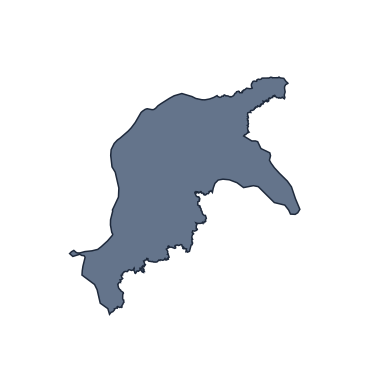 the district of Walungu, Sud-Kivu, Democratic Republic of the Congo, rotated 313°
{"feature_id": "63176286B8564391110970", "entity_name": "Walungu", "entity_type": "district", "adm_level": 2, "iso_a3": "COD", "parent_name": "Democratic Republic of the Congo", "parent_adm1": "Sud-Kivu", "projection": "albers", "projection_center": [28.724, -2.771], "detail": "fine", "context": "isolated", "style": "filled", "palette": "slate", "viewbox_px": 384, "rotation_deg": 313, "n_neighbors": 0, "source": "geoboundaries", "source_scale": "gbopen_adm2", "svg_char_len": 6085}
<svg xmlns="http://www.w3.org/2000/svg" viewBox="0 0 384 384"><g transform="rotate(313 192 192)"><path d="M66.1,144.6L63.5,144.5L63.6,148.8L69.9,152.4L70.4,154.6L71.8,156.5L71.3,158.4L63.4,162.8L59.6,165.4L56.2,168.2L57.9,183.8L55.8,189.3L48.1,200.7L49.3,210.0L46.3,215.1L48.8,214.9L50.4,215.7L52.6,215.7L53.3,215.5L53.6,214.9L55.9,216.1L56.1,216.5L57.2,215.5L57.7,215.8L57.9,217.3L58.4,218.0L59.1,218.2L59.6,219.3L60.1,219.3L61.2,218.1L62.3,218.1L64.1,217.4L64.8,217.5L66.4,215.7L66.1,215.2L66.7,214.0L70.1,211.0L70.9,211.1L71.6,210.3L71.2,207.2L71.6,206.6L71.4,205.7L71.8,203.7L73.9,200.6L74.3,200.8L75.7,200.4L76.6,200.8L77.0,201.4L77.4,200.9L78.2,200.9L78.7,199.3L79.8,200.2L81.5,200.3L81.6,199.0L82.8,197.0L84.0,197.8L84.9,196.7L86.6,197.0L86.9,196.7L88.3,197.2L89.7,199.0L90.5,199.0L91.1,198.7L92.3,199.0L93.5,201.4L95.0,202.1L96.9,201.6L96.7,202.0L95.0,202.6L94.7,204.4L93.8,205.3L94.0,206.2L96.8,205.7L97.5,206.9L99.6,207.1L100.3,206.8L100.7,205.9L101.1,206.2L101.5,206.8L101.3,207.2L100.0,207.7L99.6,210.2L100.1,211.4L100.7,210.7L101.3,211.3L101.4,210.8L101.1,210.1L101.8,210.4L102.2,210.2L102.2,209.7L102.7,209.5L102.7,209.2L102.4,209.3L102.2,208.9L102.6,208.8L103.1,206.5L103.9,206.4L103.7,207.0L104.3,207.0L104.5,207.9L105.7,207.7L105.8,207.1L106.8,207.6L107.0,207.5L106.5,206.8L107.3,206.3L108.5,203.7L109.4,204.4L110.1,204.1L111.5,205.1L112.5,204.2L113.2,205.2L112.0,206.5L111.9,207.5L113.9,210.5L114.2,210.5L114.8,212.1L115.6,212.6L116.0,213.4L117.3,214.2L119.7,214.2L120.0,215.3L120.8,215.1L122.2,217.3L123.6,217.8L124.3,217.7L124.0,218.0L124.2,218.9L124.5,219.2L125.1,218.6L125.3,218.8L125.0,219.5L125.5,219.5L125.9,220.2L126.3,220.1L126.6,220.4L126.9,219.7L127.3,219.9L127.8,219.3L128.7,219.7L130.1,217.2L129.8,216.7L130.5,216.7L130.8,215.7L132.1,214.7L132.7,212.2L135.5,213.0L135.8,212.5L135.5,211.7L136.3,211.5L136.7,211.8L136.5,213.4L137.7,214.7L139.0,217.8L139.8,218.2L140.6,217.6L140.6,216.4L141.4,216.2L143.2,217.3L143.5,218.4L144.5,219.2L146.0,219.7L146.4,220.5L145.5,222.0L145.8,222.5L144.5,223.8L144.8,224.6L145.6,224.3L145.3,225.1L145.9,225.5L146.6,226.8L145.9,227.0L145.5,228.1L144.8,227.8L144.1,228.3L145.0,229.2L145.0,229.8L146.9,230.6L152.7,227.5L153.4,228.0L154.8,227.4L154.8,226.9L155.3,226.9L155.7,226.4L155.5,225.9L156.0,225.4L157.0,224.7L157.7,224.7L157.5,223.9L158.4,223.7L158.7,222.6L161.0,221.5L162.5,221.7L162.8,221.1L162.2,220.7L162.5,219.7L164.1,219.0L165.2,220.6L166.9,221.4L168.2,221.5L168.5,221.0L168.0,220.2L170.4,218.0L171.4,217.9L172.1,215.9L172.7,217.4L174.8,219.6L176.3,220.6L176.8,220.4L176.6,221.4L177.1,221.2L177.6,221.7L178.7,221.1L179.0,221.9L180.0,222.0L180.9,220.7L182.5,220.5L184.0,217.8L183.3,217.1L183.1,215.3L183.6,213.9L184.7,212.4L184.6,211.3L185.8,210.3L186.0,209.1L186.6,208.4L186.2,207.7L187.0,207.4L186.7,207.0L187.0,206.7L186.4,205.0L188.9,202.9L190.3,203.6L191.1,202.7L191.4,203.0L192.5,202.2L193.0,200.5L192.5,200.5L192.6,199.6L192.1,199.1L191.9,198.0L193.3,194.7L193.6,194.4L193.8,194.8L194.9,194.5L195.7,195.6L194.6,196.1L196.3,196.9L195.9,197.6L197.2,198.1L198.0,197.8L198.4,198.3L198.1,198.4L197.7,199.7L198.1,199.9L198.8,201.3L198.5,201.6L198.8,202.4L198.2,202.5L198.6,203.6L199.3,204.0L200.9,204.0L202.0,205.1L203.6,204.8L203.9,204.2L204.2,204.2L205.1,205.1L206.0,205.0L205.6,207.2L209.3,204.9L213.9,202.9L218.6,203.0L222.5,205.9L226.4,211.0L229.5,218.6L230.4,226.7L238.5,232.6L241.1,236.8L240.4,259.4L245.7,268.8L244.7,275.1L243.0,279.1L246.0,282.7L248.9,283.5L252.9,282.7L257.7,272.1L263.6,261.2L265.0,254.3L265.3,243.1L265.9,235.7L267.0,230.1L268.1,226.9L272.1,224.7L273.7,222.2L270.8,212.8L273.6,205.7L272.6,203.6L270.1,200.9L268.2,191.6L269.9,191.5L270.3,192.1L272.1,192.1L274.3,192.8L274.1,192.2L274.8,192.3L274.8,191.4L275.4,191.0L275.5,190.4L276.7,188.9L278.4,188.4L278.5,187.0L279.4,187.3L280.6,186.6L280.8,185.8L282.4,184.5L282.1,184.1L282.3,183.7L282.8,183.8L283.1,182.8L283.4,182.4L284.7,182.7L285.2,182.0L285.2,181.0L285.8,181.1L286.7,179.6L287.9,178.8L289.1,179.4L290.3,180.8L290.9,179.5L291.4,179.4L292.0,179.6L293.1,180.7L294.8,181.2L295.5,180.7L296.2,181.1L296.5,180.7L296.9,181.0L297.3,180.6L297.6,180.6L298.4,181.7L299.7,181.2L300.1,182.5L300.7,182.7L300.7,183.4L301.6,183.5L301.8,183.2L302.3,183.2L302.5,182.6L303.3,182.5L304.0,182.9L303.8,183.3L304.3,183.3L305.1,184.0L306.9,182.1L307.1,183.0L307.6,183.2L307.4,183.6L308.3,183.6L308.8,184.1L309.4,183.6L309.8,183.8L309.3,184.2L309.6,184.5L309.3,185.5L310.1,185.9L311.0,186.0L311.5,185.5L311.0,185.1L312.6,184.3L312.9,184.7L313.5,184.5L313.6,185.5L315.5,185.8L316.0,186.5L317.0,185.8L317.9,185.8L318.3,186.3L317.9,186.9L318.1,187.1L319.1,186.8L318.7,189.3L319.8,190.7L319.8,191.3L320.7,191.6L320.7,192.4L321.5,193.0L321.9,193.3L322.6,193.2L323.3,193.8L322.9,194.6L323.2,196.0L324.6,195.4L325.3,194.0L326.3,193.1L328.7,191.9L330.9,189.0L332.3,187.8L334.5,187.3L336.8,188.1L337.1,187.4L336.9,185.7L337.7,181.6L335.6,178.7L335.4,177.2L334.4,177.1L330.3,172.8L330.4,172.4L329.7,171.3L327.9,170.6L323.0,165.5L321.8,165.6L320.5,164.9L320.0,163.8L319.3,163.3L318.1,163.0L317.5,163.7L316.8,163.6L315.5,161.8L314.5,161.2L311.4,161.9L310.0,163.1L309.1,165.2L308.8,165.2L306.9,163.7L305.1,161.1L302.9,160.9L301.7,160.2L301.1,160.6L300.3,160.0L299.2,160.2L299.2,160.9L298.9,161.0L297.2,159.3L297.2,158.7L297.7,158.1L297.6,157.4L295.7,156.2L294.6,156.6L293.5,156.2L290.9,156.7L288.6,156.0L288.1,155.2L287.5,155.1L286.8,152.8L285.3,150.9L285.3,149.7L284.3,149.2L283.5,149.6L282.5,148.5L281.2,148.5L280.2,147.9L279.4,145.7L279.6,144.6L275.9,143.4L272.0,141.4L268.2,138.6L266.2,136.3L263.0,131.0L261.8,126.9L257.1,117.4L250.2,113.3L245.1,111.6L235.2,109.0L231.9,108.3L228.4,108.3L226.3,107.8L225.0,106.7L222.3,102.4L220.5,101.4L217.4,100.7L215.4,100.5L204.1,103.1L197.5,103.8L193.1,103.8L182.6,102.7L179.1,102.0L174.4,102.0L167.8,104.0L163.3,107.6L155.8,116.4L154.1,122.4L145.0,135.8L138.1,141.7L124.5,146.1L124.0,147.0L116.1,151.4L112.2,154.9L107.8,160.8L107.1,162.8L106.0,163.3L98.6,163.6L90.1,162.9L85.7,162.2L80.7,158.9L75.4,154.3L70.9,151.5L69.3,149.8L68.8,148.4L68.7,145.4L66.1,144.6Z" fill="#64748b" stroke="#1e293b" stroke-width="1.5"/></g></svg>